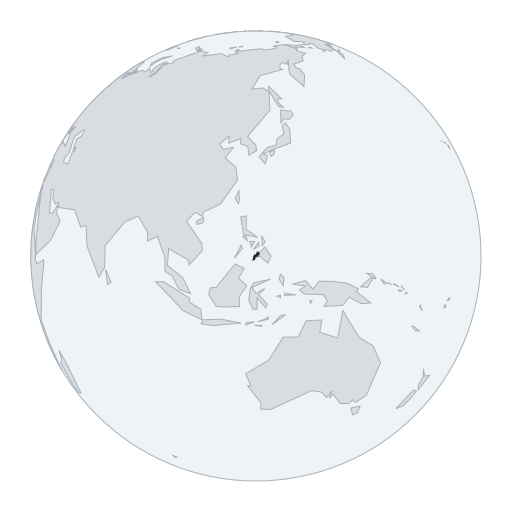 the Earth from above Zamboanga del Norte, rotated 349°
{"feature_id": "PHL-2520", "entity_name": "Zamboanga del Norte", "entity_type": "Province", "adm_level": 1, "iso_a3": "PHL", "parent_name": "Philippines", "parent_adm1": "", "projection": "orthographic", "projection_center": [122.74, 7.933], "detail": "fine", "context": "on_globe", "style": "filled", "palette": "slate", "viewbox_px": 512, "rotation_deg": 349, "n_neighbors": 0, "source": "natural_earth", "source_scale": "10m", "svg_char_len": 9176}
<svg xmlns="http://www.w3.org/2000/svg" viewBox="0 0 512 512"><g transform="rotate(349 256 256)"><circle cx="256" cy="256" r="225" fill="#eef3f6" stroke="#a8b0b8"/><path d="M438.1,333.9L437.9,335.5L437.6,335.7L438.1,333.9ZM371.7,62.7L365.6,61.0L371.2,65.7L364.1,61.2L379.6,74.4L381.0,80.0L374.8,70.7L370.6,67.6L369.3,69.5L364.7,66.9L361.4,66.5L356.1,63.5L352.8,59.1L349.3,57.2L348.6,58.8L342.7,57.3L344.3,55.1L334.3,52.4L327.1,46.2L335.7,45.7L327.1,42.3L326.7,42.1L342.2,47.9L357.2,54.7L371.7,62.7ZM466.8,188.0L465.0,183.1L466.5,185.3L466.8,188.0ZM463.5,180.7L464.2,182.2L463.6,181.1L463.5,180.7ZM462.8,180.3L463.3,180.6L462.9,180.8L462.8,180.3ZM462.1,180.4L462.4,180.1L462.5,180.3L462.1,180.4ZM460.3,178.9L459.8,178.4L459.9,177.7L460.3,178.9ZM376.2,70.1L376.3,69.0L377.7,71.0L376.2,70.1ZM361.9,67.1L363.3,68.3L361.0,67.7L361.9,67.1ZM350.7,62.6L346.6,61.5L350.2,61.8L350.7,62.6ZM343.8,60.4L333.8,58.6L336.1,60.9L324.0,53.8L336.5,57.3L340.6,57.1L340.7,58.6L343.8,60.4ZM318.9,50.5L316.0,49.6L318.4,49.7L318.9,50.5ZM323.0,40.9L321.3,40.4L314.1,38.4L312.4,38.0L311.2,37.6L323.0,40.9ZM304.8,36.1L306.0,36.3L300.7,35.2L304.8,36.1ZM297.3,34.6L305.4,36.3L305.2,36.3L297.3,34.6ZM293.2,33.8L296.1,34.3L295.8,34.3L293.2,33.8ZM289.5,33.2L289.7,33.3L288.3,33.1L287.2,32.9L287.5,32.9L289.5,33.2ZM292.4,33.7L293.2,33.9L291.3,33.5L292.4,33.7ZM280.6,32.1L275.7,31.6L275.8,31.6L280.6,32.1ZM63.9,138.3L63.1,139.7L62.9,141.7L75.6,124.3L76.0,120.6L83.2,111.4L88.6,107.0L89.4,111.6L92.2,108.3L97.8,99.1L104.1,94.5L100.4,95.6L97.3,99.3L95.0,100.4L97.6,97.2L99.7,95.5L101.3,93.2L90.8,103.0L86.5,107.8L86.5,107.6L99.8,93.6L114.3,80.8L129.9,69.3L130.0,69.3L137.0,64.8L134.8,66.3L142.2,61.8L143.7,61.7L148.0,58.4L156.3,54.1L162.0,51.9L165.5,50.2L156.3,54.0L154.2,55.0L174.0,46.2L180.4,44.1L183.6,44.0L170.5,51.6L164.8,53.4L166.7,51.3L157.0,56.7L161.6,54.6L159.8,56.2L167.3,53.4L166.4,54.5L175.1,50.4L174.8,51.5L169.3,54.0L180.1,51.9L181.8,54.0L184.7,53.1L187.4,51.5L187.8,55.8L189.9,55.0L190.6,53.2L195.3,50.6L203.7,48.1L203.3,49.6L200.3,50.8L193.4,56.0L185.2,59.4L186.0,59.9L192.9,57.4L201.4,50.9L206.5,48.9L203.3,51.8L204.9,50.6L207.3,50.2L209.5,51.4L213.4,48.4L240.9,44.3L247.8,47.2L241.8,49.6L260.7,50.8L267.0,55.4L267.6,53.6L277.1,53.9L275.2,52.3L276.2,51.5L299.7,53.4L304.9,55.7L315.7,55.9L316.0,55.1L312.7,53.3L324.0,53.8L336.1,60.9L334.8,62.1L343.3,66.4L339.1,68.9L339.5,73.5L329.9,74.8L331.1,78.9L334.3,80.3L338.3,87.4L335.4,98.8L323.6,83.6L325.1,68.7L323.3,73.9L319.5,71.2L316.2,72.4L315.2,76.6L317.7,77.9L294.6,79.7L283.9,91.4L294.9,92.4L300.1,97.6L297.5,115.4L270.5,137.1L277.1,147.1L276.4,153.0L268.1,155.6L268.9,146.9L262.1,142.8L263.8,137.9L250.8,140.1L252.7,133.3L241.7,139.0L244.1,145.0L254.8,145.0L244.4,153.8L253.2,165.2L252.3,177.9L231.2,198.1L212.6,202.9L211.0,206.9L204.6,201.4L194.5,208.6L205.2,233.6L204.3,240.5L188.7,251.9L188.7,246.8L171.6,232.2L167.3,248.3L180.1,263.6L184.5,280.4L174.1,274.2L169.8,259.4L163.8,253.8L166.3,239.6L163.0,217.9L152.5,220.6L154.2,212.2L148.0,194.2L133.5,197.7L109.9,217.0L105.2,238.3L97.7,246.8L92.0,214.1L95.0,193.3L89.5,194.3L86.6,175.8L71.6,170.8L72.5,165.4L69.0,166.9L67.4,160.6L70.1,152.0L67.7,151.6L61.5,174.4L64.4,175.1L71.1,168.0L68.5,176.0L70.4,184.4L57.3,201.3L40.0,212.8L43.5,196.7L57.3,152.0L59.8,147.7L60.1,147.2L60.6,146.2L56.5,153.0L60.6,144.8L47.7,174.5L43.2,187.2L39.7,213.7L38.8,215.9L39.2,221.9L46.9,219.1L45.8,224.4L39.0,247.6L32.9,277.7L36.7,301.8L41.3,321.7L43.6,331.1L38.6,315.2L34.8,298.9L32.3,282.4L30.9,265.8L30.8,249.1L32.0,232.4L34.3,215.9L37.9,199.5L42.7,183.5L48.6,167.9L55.7,152.8L63.9,138.3ZM147.3,58.7L147.0,58.9L146.8,58.9L147.3,58.7ZM84.8,126.9L88.7,130.1L96.1,118.1L98.2,118.6L100.0,114.6L96.6,117.3L102.3,106.9L107.3,105.1L111.5,100.6L110.4,99.4L100.3,104.6L92.2,119.0L87.4,122.9L84.8,126.9ZM249.2,30.8L250.7,30.8L246.6,31.1L239.1,31.5L242.9,31.1L231.9,32.1L232.8,31.9L231.4,32.1L230.9,32.1L249.2,30.8ZM272.4,31.3L273.9,31.5L263.1,30.9L258.3,30.7L260.8,30.8L272.4,31.3ZM206.5,36.9L209.5,36.1L210.5,35.9L218.6,34.4L218.5,34.8L213.7,35.9L206.5,36.9ZM73.1,126.7L70.5,129.5L71.7,127.5L72.3,126.9L73.1,126.7ZM207.8,37.0L211.1,36.2L209.1,37.0L207.8,37.0ZM218.9,35.0L217.3,35.7L219.5,34.7L218.9,35.0ZM135.8,435.6L140.5,438.4L138.3,438.2L135.8,435.6ZM49.0,323.7L58.1,357.1L55.8,355.8L50.7,345.0L44.2,324.4L45.4,320.0L44.7,311.2L49.0,323.7ZM241.4,323.6L248.4,325.2L248.2,326.2L241.4,323.6ZM234.0,319.4L242.0,320.4L232.7,321.6L234.0,319.4ZM245.1,320.9L253.2,319.6L256.6,318.2L256.1,320.3L245.1,320.9ZM228.7,319.0L200.3,316.0L189.2,312.1L191.6,308.5L209.5,311.3L228.7,319.0ZM190.8,308.3L174.1,295.8L152.6,262.2L160.3,263.6L183.0,285.0L181.5,288.1L191.6,297.7L190.8,308.3ZM231.8,292.7L230.2,302.4L214.4,300.0L207.2,297.7L202.3,284.6L205.1,278.5L210.8,279.2L234.1,259.8L242.1,265.9L234.7,274.3L241.3,283.5L231.8,292.7ZM105.8,240.5L108.8,254.1L104.9,255.6L105.8,240.5ZM244.2,245.7L234.4,254.1L243.6,242.4L244.2,245.7ZM250.0,234.4L250.3,239.2L246.8,234.3L250.0,234.4ZM210.2,213.3L204.0,213.8L204.2,210.5L212.2,208.0L210.2,213.3ZM251.6,188.8L250.3,198.2L248.7,201.3L246.5,195.3L251.6,188.8ZM212.3,43.6L201.1,44.8L193.0,47.0L188.5,49.7L190.1,46.9L202.6,43.5L212.3,43.6ZM237.4,43.8L241.3,42.1L242.8,43.0L242.1,43.5L237.4,43.8ZM237.4,42.7L236.2,40.5L240.5,39.7L240.7,41.5L237.4,42.7ZM221.5,37.4L218.2,37.6L220.0,36.9L221.5,37.4ZM385.1,417.5L387.5,419.1L381.1,424.9L372.3,430.8L364.2,432.6L385.1,417.5ZM320.6,430.4L320.0,423.4L329.5,423.2L325.8,429.3L320.6,430.4ZM391.2,413.0L397.0,406.7L398.9,398.6L398.5,406.0L403.4,406.3L389.5,418.5L391.2,413.0ZM284.7,398.8L240.8,409.5L231.0,406.9L233.0,401.0L223.0,381.8L226.1,382.4L223.4,369.7L249.0,360.4L267.2,340.9L282.1,343.5L292.9,329.1L308.4,331.4L304.1,343.0L320.4,352.1L330.9,326.1L341.5,355.4L353.7,366.4L357.8,384.7L337.9,413.5L326.0,418.7L323.4,415.8L318.5,418.5L310.5,416.7L305.6,406.7L300.8,409.4L305.2,402.4L298.3,408.5L293.9,401.9L284.7,398.8ZM395.6,354.6L398.0,355.5L401.9,360.7L398.1,359.6L395.6,354.6ZM432.0,339.7L433.1,342.1L430.6,342.7L432.0,339.7ZM437.6,335.7L434.6,336.6L438.1,333.9L437.6,335.7ZM407.8,338.4L409.0,340.3L408.1,340.9L407.8,338.4ZM406.8,337.8L408.2,335.0L408.1,337.9L406.8,337.8ZM395.1,321.6L396.5,320.2L397.2,321.4L395.1,321.6ZM258.8,326.3L268.5,319.4L273.9,319.2L258.8,326.3ZM393.0,318.4L389.4,317.9L389.7,316.4L393.0,318.4ZM393.2,314.8L392.7,312.6L395.1,317.8L393.2,314.8ZM386.1,309.5L390.6,313.6L385.6,309.9L386.1,309.5ZM383.5,309.9L380.3,308.0L380.5,307.3L383.5,309.9ZM347.8,310.3L359.8,324.0L350.3,322.9L339.7,314.2L331.6,321.0L313.2,318.4L317.3,314.1L314.8,306.8L296.0,302.5L292.2,297.6L298.8,295.1L286.5,290.5L299.9,289.5L305.5,299.4L313.1,292.7L326.5,295.6L339.6,299.8L350.3,307.7L347.8,310.3ZM300.2,310.2L302.5,310.4L300.5,313.0L300.2,310.2ZM374.1,302.3L378.8,307.2L378.3,308.3L376.0,307.5L374.1,302.3ZM352.8,306.2L364.2,299.4L367.0,299.7L359.4,308.0L352.8,306.2ZM361.4,294.1L366.8,295.6L369.6,300.2L368.5,301.4L361.4,294.1ZM272.7,299.1L272.2,301.7L268.7,299.4L272.7,299.1ZM277.2,298.0L287.6,301.7L276.2,300.1L277.2,298.0ZM245.9,286.1L248.9,292.6L258.4,289.5L251.2,294.5L257.7,305.2L255.6,308.9L249.1,297.3L247.0,308.4L242.8,307.8L240.4,297.9L244.5,286.5L248.7,282.0L265.8,281.5L245.9,286.1ZM277.0,290.5L274.3,283.0L276.4,278.5L279.3,282.5L277.0,290.5ZM266.4,265.2L259.4,256.4L252.8,258.9L266.4,248.8L270.8,258.9L266.4,265.2ZM260.8,246.8L254.6,249.0L261.2,243.0L260.8,246.8ZM253.1,246.1L252.7,240.4L257.5,241.7L253.1,246.1ZM264.0,247.3L265.5,237.9L267.7,243.7L264.0,247.3ZM251.3,227.8L261.1,237.9L247.9,232.7L248.5,214.6L254.2,214.8L251.3,227.8ZM289.8,161.2L289.0,156.4L294.4,155.9L293.5,159.3L289.8,161.2ZM311.4,151.8L295.6,154.3L282.8,157.1L286.4,159.7L282.7,167.4L277.9,159.3L287.5,151.6L297.0,151.0L299.3,144.8L306.8,141.4L306.4,133.5L310.0,130.6L313.3,137.8L311.4,151.8ZM305.9,130.2L308.0,117.3L317.8,120.4L319.6,124.0L314.5,128.4L309.6,126.4L305.9,130.2ZM311.3,115.3L306.6,113.4L299.7,94.7L300.7,91.7L311.2,106.6L307.3,105.8L307.2,110.2L311.3,115.3ZM316.5,50.5L316.1,49.7L318.2,50.8L316.5,50.5ZM275.0,50.7L276.7,49.8L279.2,50.8L275.0,50.7ZM282.9,48.1L278.9,47.6L283.2,47.5L282.9,48.1ZM269.9,46.9L277.4,47.1L270.1,47.9L269.9,46.9Z" fill="#d9dde1" stroke="#a8b0b8" stroke-width="1"/><path d="M252.7,259.1L252.9,258.8L253.1,258.6L253.3,258.5L253.3,258.4L253.2,258.3L253.2,258.2L253.3,258.1L253.3,257.9L253.4,257.7L253.5,257.6L253.7,257.4L253.6,257.2L253.6,256.9L253.5,256.7L254.0,256.0L254.1,255.9L254.3,255.7L254.5,255.6L254.8,255.5L255.0,255.5L255.0,255.4L255.1,255.5L255.2,255.4L255.5,255.4L255.7,255.1L255.8,255.1L255.9,255.3L256.0,255.3L256.4,255.2L256.5,255.2L256.8,255.1L257.0,254.9L256.9,254.7L257.0,254.5L257.0,254.4L257.0,254.2L257.1,253.9L257.3,253.7L257.6,253.7L257.8,253.6L258.0,253.7L258.3,253.6L258.4,253.3L258.5,253.2L258.6,253.3L258.6,253.2L258.5,252.9L258.8,253.0L259.0,253.0L259.0,253.3L259.2,254.8L257.7,254.8L257.7,255.6L257.7,255.8L257.6,255.7L257.4,255.7L257.2,255.8L257.0,256.0L256.8,256.1L256.7,256.1L256.4,256.0L256.2,256.0L255.9,256.0L255.3,256.2L255.2,256.3L254.8,256.7L254.8,256.8L254.6,256.8L254.5,257.1L254.4,257.2L254.3,257.3L254.2,257.7L254.1,257.8L253.9,258.2L253.8,258.3L253.8,258.5L253.8,258.8L253.7,259.0L252.8,259.1L252.7,259.1L252.7,259.1Z" fill="#64748b" stroke="#1e293b" stroke-width="1.5"/></g></svg>